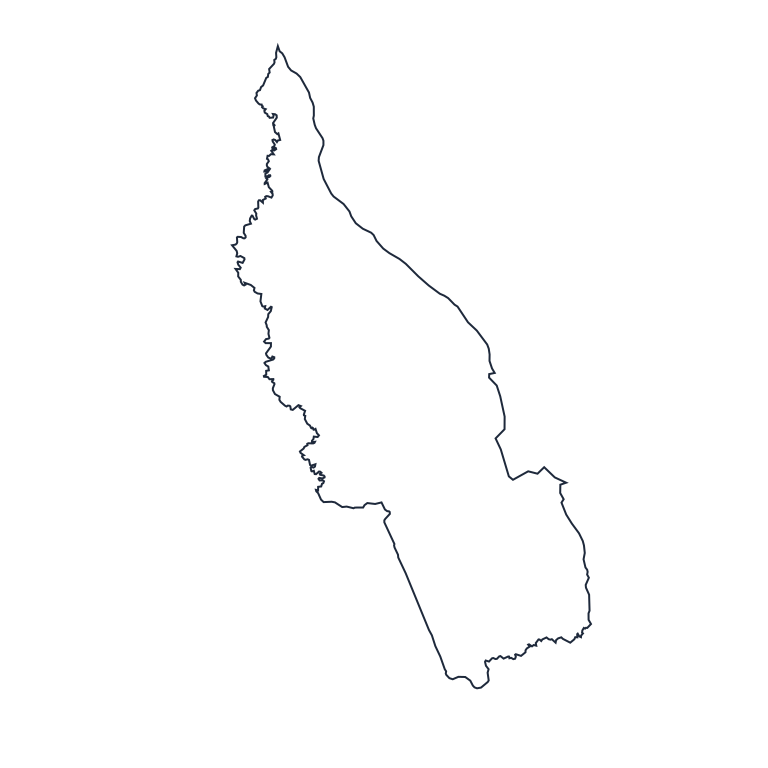 Libenge, Équateur, Democratic Republic of the Congo, rotated 137°
{"feature_id": "63176286B16720510237815", "entity_name": "Libenge", "entity_type": "district", "adm_level": 2, "iso_a3": "COD", "parent_name": "Democratic Republic of the Congo", "parent_adm1": "Équateur", "projection": "robinson", "projection_center": [18.997, 3.764], "detail": "fine", "context": "isolated", "style": "outline", "palette": "slate", "viewbox_px": 768, "rotation_deg": 137, "n_neighbors": 0, "source": "geoboundaries", "source_scale": "gbopen_adm2", "svg_char_len": 6106}
<svg xmlns="http://www.w3.org/2000/svg" viewBox="0 0 768 768"><g transform="rotate(137 384 384)"><path d="M396.3,67.3L395.2,72.0L390.8,76.8L388.3,78.0L377.7,90.0L375.2,97.3L373.5,99.5L366.3,102.6L365.4,106.1L363.2,107.7L362.1,109.6L361.8,112.4L357.6,119.7L352.4,123.5L347.9,129.5L345.7,133.6L343.2,141.8L341.8,153.8L339.8,164.2L335.1,176.2L331.2,177.2L329.5,184.1L323.7,190.1L318.1,187.6L322.8,199.2L323.6,213.9L332.9,213.7L338.1,221.8L355.0,226.0L355.7,231.3L343.2,256.5L339.5,268.1L326.7,268.7L318.0,277.9L307.4,295.7L302.6,306.0L302.8,317.0L300.3,319.5L295.5,316.6L294.4,321.7L291.1,328.9L286.6,333.6L283.3,338.4L281.6,342.5L279.7,359.8L280.5,371.8L277.4,390.5L278.3,393.9L278.5,403.1L279.7,407.5L281.6,411.9L284.1,425.5L285.5,439.4L286.1,457.0L287.4,464.9L290.8,476.0L292.2,483.6L291.9,493.7L290.0,500.0L290.2,503.4L293.6,512.0L295.0,520.8L293.6,529.0L291.6,533.7L290.8,543.2L293.0,555.5L292.7,559.3L288.3,575.1L279.6,591.8L276.9,594.3L265.4,600.0L262.4,603.2L261.3,605.7L259.3,617.4L257.9,620.8L254.6,626.5L252.3,628.1L246.2,634.7L244.3,638.5L242.9,643.6L240.1,648.3L235.9,665.6L236.2,670.7L238.1,676.7L237.8,681.4L233.9,690.7L232.9,695.2L233.4,698.5L231.2,703.5L237.1,699.8L239.9,696.4L241.3,695.6L243.3,695.8L244.7,693.9L246.1,693.2L253.2,692.7L255.2,689.8L257.2,689.7L259.5,687.8L261.3,688.2L268.8,684.8L271.4,685.0L274.3,683.5L276.0,684.3L278.8,683.8L280.2,681.7L283.4,681.0L284.3,678.7L284.5,674.7L284.2,673.2L282.9,671.8L283.5,670.9L283.3,669.8L284.4,669.5L284.3,667.9L283.1,665.7L285.2,665.4L286.1,663.8L285.3,661.0L286.3,659.2L285.7,658.0L286.1,656.7L283.4,654.5L281.5,655.8L281.1,657.2L279.7,655.6L279.3,653.7L280.8,651.9L287.2,650.5L288.2,649.1L287.4,648.6L287.6,647.8L288.9,647.6L291.9,642.6L291.6,639.5L290.3,639.3L293.5,633.3L295.6,634.5L297.3,634.0L297.1,636.5L297.9,638.1L299.2,638.5L300.0,637.2L300.6,633.6L301.9,632.8L304.4,633.3L304.8,632.6L304.4,631.6L302.8,631.3L302.2,630.3L302.7,629.3L305.1,629.7L306.4,631.4L307.4,631.5L308.0,627.1L310.0,629.2L312.5,629.2L313.5,630.3L316.0,628.5L315.6,627.4L316.3,625.5L319.6,624.8L320.6,623.8L321.2,622.4L320.7,619.9L325.6,621.6L326.4,621.1L322.4,618.7L325.0,618.1L327.1,618.9L329.0,616.9L327.8,615.4L325.8,615.2L324.9,614.3L325.2,613.7L326.5,613.6L329.8,615.0L329.8,613.2L334.3,612.3L334.8,611.7L331.8,610.7L334.0,606.5L334.0,601.5L334.5,600.8L335.6,601.5L335.8,599.0L336.8,597.8L339.2,597.1L340.9,600.6L342.0,601.7L343.3,601.9L344.0,600.3L347.1,601.2L348.9,599.2L349.3,602.9L350.3,603.7L351.7,603.2L355.6,598.7L356.5,598.4L358.9,599.8L360.4,599.5L361.2,595.7L362.5,594.6L364.2,591.5L366.1,592.1L366.4,593.1L365.4,596.8L365.9,597.4L369.0,596.4L371.0,594.8L372.0,592.0L377.2,594.6L378.9,594.5L383.5,590.2L384.2,586.7L385.2,585.6L386.6,585.6L387.5,586.5L388.3,589.0L390.6,591.4L391.6,591.5L394.6,587.8L395.8,587.2L397.5,587.2L400.5,589.1L401.0,581.8L402.2,579.7L404.9,578.0L404.0,576.6L401.7,575.5L400.3,571.3L401.1,570.2L404.8,569.0L407.2,573.1L408.1,572.9L409.2,570.7L409.5,566.8L411.1,566.3L414.1,569.4L414.7,564.8L417.3,562.1L417.7,557.8L419.0,556.4L419.7,553.2L419.1,551.5L417.5,551.1L416.9,553.1L413.9,547.3L413.2,542.6L415.3,541.2L415.7,539.6L414.7,536.4L412.3,533.5L418.0,528.7L419.9,524.0L419.5,522.9L417.8,521.9L419.7,520.5L418.7,517.6L414.0,517.6L413.7,516.8L417.1,514.5L421.0,514.0L423.1,512.0L428.6,509.8L429.7,507.0L430.7,505.8L431.5,501.9L434.3,499.5L436.3,495.9L437.3,495.8L439.7,497.3L442.8,496.8L442.7,494.6L438.8,491.0L441.2,488.5L449.4,486.9L450.2,485.5L450.6,482.2L449.2,479.3L446.9,480.2L446.0,478.4L446.8,477.6L448.4,477.5L455.4,480.9L457.1,480.9L457.5,478.3L456.7,475.7L458.9,472.5L461.2,474.0L463.8,471.1L466.4,471.8L466.8,471.1L464.2,468.3L464.5,465.6L461.6,463.1L462.0,462.6L464.1,462.4L464.4,461.6L463.7,459.4L464.2,458.6L468.2,456.7L469.5,455.2L470.6,451.0L469.0,445.8L471.3,443.8L471.8,441.4L471.2,435.6L470.6,434.0L469.1,433.8L467.9,432.5L467.8,431.5L469.5,429.0L468.4,427.3L461.0,426.9L459.9,424.6L461.7,424.7L461.8,423.5L460.0,418.2L463.5,416.3L463.9,415.7L463.3,414.4L465.8,412.4L467.2,407.3L466.5,404.1L467.3,401.6L467.1,401.0L466.2,401.0L466.0,400.1L466.7,398.9L466.5,398.3L464.7,397.9L466.6,393.8L466.6,390.8L468.7,390.5L471.2,393.4L473.1,391.9L475.4,391.6L476.1,390.9L475.9,390.2L473.9,388.8L475.0,388.4L476.4,388.9L479.8,392.3L480.9,392.6L481.7,391.4L485.1,392.3L486.8,391.6L491.5,392.0L492.0,390.6L491.2,386.6L492.6,387.3L493.5,386.8L493.7,383.3L493.2,382.1L491.2,381.0L490.6,379.7L493.3,375.2L493.2,374.1L488.9,372.1L490.8,370.7L492.5,370.9L493.6,372.7L494.8,372.8L496.5,369.9L496.3,369.2L494.5,368.4L496.1,365.4L495.2,364.4L491.2,364.3L490.4,363.3L490.3,361.7L492.3,362.0L492.6,361.1L490.5,358.2L490.5,356.9L491.2,356.2L493.5,357.0L495.4,359.5L496.6,359.3L496.9,357.4L494.4,355.2L494.2,353.8L496.0,352.9L497.4,353.3L499.8,351.9L502.3,353.7L504.8,351.1L506.0,353.0L506.7,351.7L506.6,349.1L508.9,342.4L508.7,338.8L502.6,333.6L500.6,330.9L498.5,322.5L494.9,319.8L491.0,313.9L489.6,313.5L483.5,307.9L480.8,308.7L477.4,308.3L472.3,302.3L466.6,299.1L468.9,291.6L468.4,288.8L467.2,287.5L467.1,286.5L468.3,285.0L475.0,284.5L476.7,284.1L478.1,282.6L485.5,259.9L486.7,259.1L487.8,257.2L490.2,249.6L491.9,247.4L497.2,230.8L518.9,173.4L520.4,167.5L525.2,157.3L528.7,146.3L534.1,133.9L534.5,131.5L536.3,130.1L536.8,128.8L536.8,124.3L535.1,121.2L529.3,119.1L524.4,114.3L523.2,108.2L524.7,102.8L524.7,100.4L523.5,98.0L520.1,95.8L511.3,95.3L509.6,95.8L505.1,102.2L502.0,104.1L501.6,108.4L499.6,111.9L498.2,112.4L496.5,109.4L492.1,109.7L491.0,109.1L490.1,106.9L488.9,106.0L485.5,106.2L484.4,105.6L483.8,101.6L479.0,100.0L478.4,99.3L479.3,97.9L477.7,96.9L477.1,94.6L475.5,93.7L473.6,94.6L472.7,96.6L471.9,96.5L469.2,91.7L463.5,91.3L462.1,92.7L459.9,93.2L456.5,92.6L456.3,95.0L455.5,94.7L454.7,91.2L452.5,91.0L451.1,88.8L449.7,91.0L445.2,91.8L444.5,91.0L444.3,88.8L442.4,89.2L438.0,87.8L437.6,85.0L436.6,83.5L435.3,82.9L434.9,77.8L432.8,79.3L430.1,79.2L427.1,77.8L427.0,75.6L424.2,67.8L418.9,67.5L416.8,68.4L415.4,66.9L413.3,69.3L412.6,69.3L413.3,66.2L412.6,64.5L411.4,65.6L408.6,65.9L408.7,67.1L407.0,68.5L404.2,69.3L403.8,68.0L402.6,68.0L401.7,67.0L396.3,67.3Z" fill="none" stroke="#1e293b" stroke-width="2"/></g></svg>